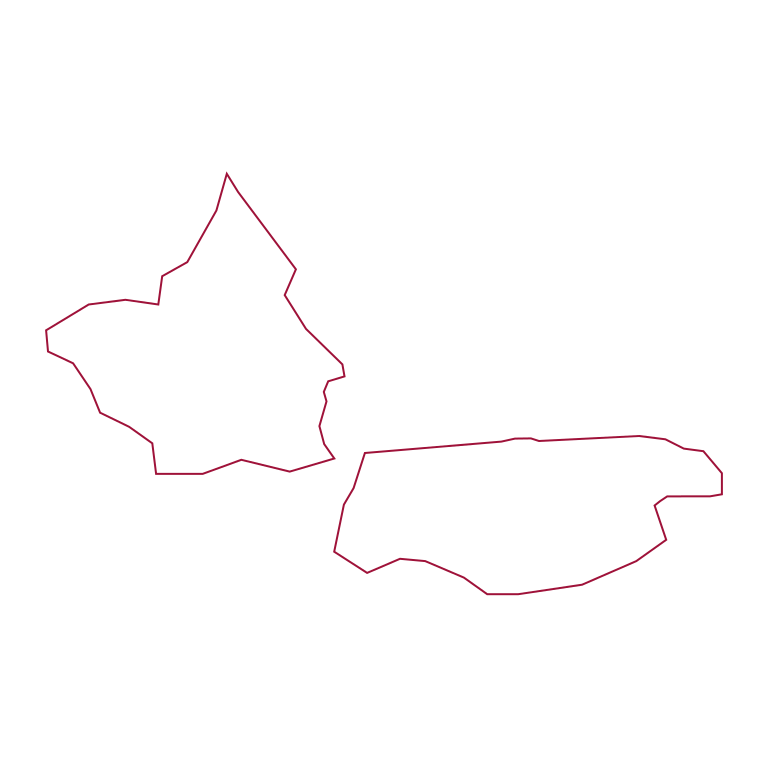 an SVG outline of Raunas
{"feature_id": "LVA-5799", "entity_name": "Raunas", "entity_type": "Municipality", "adm_level": 1, "iso_a3": "LVA", "parent_name": "Latvia", "parent_adm1": "", "projection": "equal_earth", "projection_center": [25.779, 57.325], "detail": "fine", "context": "isolated", "style": "outline", "palette": "rose", "viewbox_px": 768, "rotation_deg": 0, "n_neighbors": 0, "source": "natural_earth", "source_scale": "10m", "svg_char_len": 831}
<svg xmlns="http://www.w3.org/2000/svg" viewBox="0 0 768 768"><path d="M226.8,173.8L238.1,192.0L295.9,269.3L284.7,295.1L306.0,328.9L342.4,364.4L344.5,376.4L328.2,381.3L323.8,391.9L326.5,401.4L319.4,426.1L324.2,444.1L334.3,458.5L289.7,471.6L241.3,459.8L202.6,473.9L156.1,473.9L152.3,443.3L129.1,426.8L100.1,412.7L90.5,389.1L73.1,363.3L48.0,351.5L46.1,330.3L88.7,304.5L125.4,299.8L158.3,304.5L162.2,276.2L187.3,262.1L216.4,210.5L226.8,173.8ZM639.1,436.0L665.4,439.3L683.8,448.6L703.4,451.2L721.9,473.2L721.9,494.3L710.2,496.3L667.2,496.4L660.0,501.2L654.6,505.5L666.2,539.8L636.3,561.1L582.1,584.7L518.2,594.2L487.2,594.2L463.9,577.6L425.2,561.1L400.0,558.8L367.1,572.9L334.2,551.7L343.9,504.6L353.6,488.1L364.9,453.0L501.4,441.6L515.0,438.6L530.9,438.4L539.0,441.0L639.1,436.0Z" fill="none" stroke="#9f1239" stroke-width="2"/></svg>